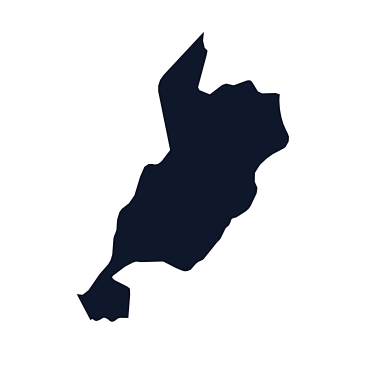 SVG path tracing the border of San Marcos, rotated 19°
{"feature_id": "GTM-1947", "entity_name": "San Marcos", "entity_type": "Department", "adm_level": 1, "iso_a3": "GTM", "parent_name": "Guatemala", "parent_adm1": "", "projection": "equal_earth", "projection_center": [-91.97, 14.971], "detail": "fine", "context": "isolated", "style": "filled", "palette": "ink", "viewbox_px": 384, "rotation_deg": 19, "n_neighbors": 0, "source": "natural_earth", "source_scale": "10m", "svg_char_len": 1748}
<svg xmlns="http://www.w3.org/2000/svg" viewBox="0 0 384 384"><g transform="rotate(19 192 192)"><path d="M117.8,326.5L122.5,325.5L126.8,318.8L132.0,300.1L137.0,287.8L138.0,283.0L137.7,277.0L133.6,261.4L133.4,259.1L133.7,254.5L133.6,252.0L131.4,244.2L130.9,241.5L130.7,234.9L131.8,231.1L136.7,223.6L139.4,214.1L138.7,194.4L139.5,184.0L142.3,180.3L145.3,179.2L148.3,178.8L151.4,177.0L153.8,173.4L158.5,159.4L128.0,107.6L126.2,102.5L126.1,96.6L127.7,91.0L132.0,81.3L143.5,55.5L150.9,38.9L152.4,45.5L156.5,52.1L160.0,53.8L160.6,58.5L162.9,91.4L165.5,94.0L177.5,94.7L178.1,93.7L186.1,81.7L189.3,79.1L197.0,78.3L204.1,72.5L208.1,69.3L209.7,68.5L211.2,68.3L213.3,69.6L221.3,76.2L226.3,76.7L239.1,71.9L242.7,71.9L242.9,73.1L244.1,77.3L247.4,85.2L251.3,92.2L255.6,98.3L260.3,103.4L262.6,105.6L265.0,108.5L266.2,112.8L265.1,118.8L263.6,120.8L255.5,129.4L251.2,135.4L246.7,143.9L244.5,153.4L247.3,162.2L251.8,167.1L252.8,172.2L251.3,185.7L250.4,189.0L248.5,192.4L241.6,201.1L239.8,202.2L237.9,203.7L237.6,204.5L237.3,205.8L237.5,208.0L237.1,211.1L234.9,214.9L233.4,226.8L231.6,231.0L231.2,231.7L224.9,249.3L224.6,250.3L224.1,251.4L223.2,252.6L220.1,255.6L219.0,257.2L218.4,258.2L215.4,265.5L213.1,267.5L211.0,268.5L208.7,268.8L202.0,268.4L187.3,266.3L166.6,274.1L161.5,275.3L158.8,277.2L152.4,283.9L144.2,296.1L143.3,298.0L143.6,299.0L144.3,299.9L146.4,300.9L147.6,301.3L161.5,303.2L163.6,303.9L164.2,304.2L166.3,309.7L171.9,331.3L164.9,333.6L162.8,334.9L160.2,338.7L159.3,339.5L158.4,340.0L157.7,340.1L157.0,340.1L156.3,339.9L155.1,339.3L152.9,338.7L150.5,338.5L149.4,338.8L148.6,339.2L146.4,341.8L144.4,343.7L143.2,344.4L142.0,344.5L139.5,343.7L138.6,344.0L138.0,344.3L137.6,345.1L117.8,326.5Z" fill="#0f172a" stroke="#020617" stroke-width="1.5"/></g></svg>